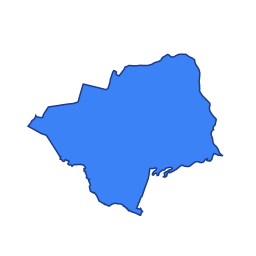 Ramna, Caras-Severin, Romania, rotated 11°
{"feature_id": "2599482B15960202705126", "entity_name": "Ramna", "entity_type": "district", "adm_level": 2, "iso_a3": "ROU", "parent_name": "Romania", "parent_adm1": "Caras-Severin", "projection": "robinson", "projection_center": [21.717, 45.465], "detail": "fine", "context": "isolated", "style": "filled", "palette": "blue", "viewbox_px": 256, "rotation_deg": 11, "n_neighbors": 0, "source": "geoboundaries", "source_scale": "gbopen_adm2", "svg_char_len": 5574}
<svg xmlns="http://www.w3.org/2000/svg" viewBox="0 0 256 256"><g transform="rotate(11 128 128)"><path d="M226.5,137.1L224.9,136.6L223.2,135.5L222.5,134.7L221.8,133.8L221.2,132.8L220.6,131.9L219.0,130.1L218.0,129.2L215.9,128.0L214.6,126.7L214.1,125.5L213.6,124.3L213.2,123.0L212.8,121.8L212.1,120.8L211.8,120.3L211.5,119.8L211.2,119.3L211.0,118.8L210.8,118.2L210.6,117.7L210.7,115.8L210.8,115.4L211.1,114.8L211.4,114.3L211.8,113.8L212.3,113.4L211.6,111.9L211.6,110.4L212.9,108.3L212.9,107.2L213.0,106.0L213.0,104.9L213.0,103.8L213.0,103.3L212.8,102.4L208.1,99.0L205.4,96.0L204.3,93.8L203.9,91.6L204.0,91.2L204.1,90.8L204.2,90.3L204.1,89.9L203.5,88.0L194.8,82.0L191.2,78.2L191.1,77.1L190.9,75.9L190.6,74.8L190.4,73.7L190.1,72.5L189.8,71.4L189.4,70.3L189.0,69.2L188.8,67.0L188.6,64.8L188.3,62.5L188.0,60.3L186.5,57.1L185.6,56.0L184.6,54.9L183.6,53.9L182.5,52.9L181.3,51.1L180.3,48.3L177.3,47.0L176.0,46.8L175.4,46.6L174.7,46.4L174.0,46.2L173.2,45.8L172.4,45.4L171.7,45.0L171.4,44.9L171.1,44.8L170.8,44.7L170.4,44.7L170.1,44.7L169.9,44.7L169.2,44.9L165.7,45.5L163.5,46.2L159.2,49.5L157.6,49.9L156.4,49.9L154.1,48.4L153.0,48.2L151.9,49.0L151.2,49.8L150.4,50.5L149.6,51.2L148.8,51.8L147.7,53.3L147.8,53.8L147.7,54.3L147.5,54.8L147.2,55.3L145.5,56.7L141.1,59.1L139.8,60.5L137.5,61.9L135.6,62.8L133.7,63.2L131.7,63.6L129.7,63.9L127.7,64.2L126.4,64.7L125.0,65.1L123.6,65.5L122.2,65.8L120.7,66.0L117.2,66.4L117.0,66.5L116.6,66.7L116.2,67.0L115.7,67.4L115.4,67.8L115.0,68.0L114.5,68.2L114.1,68.4L113.6,68.6L112.8,71.7L112.1,72.9L109.3,78.5L107.6,78.3L105.9,77.2L106.0,75.3L103.9,74.4L103.2,74.3L102.4,76.1L101.8,80.8L101.4,84.3L101.6,85.7L101.2,90.6L100.7,93.0L99.3,94.5L75.7,93.4L75.2,97.9L74.8,102.4L74.4,106.9L74.1,111.4L73.8,112.2L69.5,114.4L65.0,115.8L60.6,117.3L56.2,118.9L51.8,120.5L48.2,121.7L45.8,122.6L43.2,128.9L42.4,131.4L42.2,133.8L40.2,134.5L37.0,134.4L35.2,133.8L35.1,133.6L34.9,135.0L34.4,136.8L33.0,138.4L32.2,139.3L31.5,142.0L30.8,143.0L29.5,145.3L44.4,150.1L49.2,150.7L59.7,161.6L63.3,165.4L66.7,169.2L66.9,169.4L67.4,169.1L67.2,171.4L68.7,171.6L70.0,172.8L70.7,173.1L71.6,173.0L72.0,172.5L72.3,172.0L72.2,171.6L72.7,170.9L73.3,171.1L73.8,171.4L74.2,171.6L75.5,171.6L75.8,171.4L76.3,171.8L76.4,172.6L76.3,173.5L75.7,174.3L76.3,175.1L76.8,175.5L78.5,175.3L79.2,175.1L79.9,175.6L80.1,176.1L80.4,176.2L80.6,175.6L81.7,174.7L82.5,174.0L84.0,174.0L85.1,173.5L86.2,173.4L87.1,173.0L88.2,173.0L88.7,172.8L89.2,172.7L90.1,173.0L91.2,172.7L91.9,173.0L92.6,173.7L93.8,174.8L93.9,175.6L93.3,175.8L92.6,176.1L92.5,176.8L93.0,177.3L93.1,178.0L93.0,178.5L93.9,178.5L94.6,178.7L94.7,178.9L94.4,179.5L95.4,180.9L96.3,182.2L96.4,182.8L96.7,183.5L96.6,184.7L98.1,185.5L99.6,185.8L99.9,185.8L99.7,186.2L99.3,187.0L99.9,187.8L100.6,189.0L101.5,190.2L101.9,191.3L101.3,192.5L101.6,193.6L102.1,195.0L102.4,195.7L103.1,196.9L103.5,197.4L104.9,197.8L105.4,198.0L106.0,198.1L106.9,198.4L107.0,198.2L106.9,198.0L107.3,198.0L107.6,198.1L107.9,198.3L108.2,198.5L108.6,198.9L109.5,199.8L109.7,200.0L110.3,200.6L111.4,202.1L113.7,205.3L113.8,205.3L114.2,205.5L114.8,205.5L116.2,206.1L117.3,206.5L117.5,206.5L117.8,206.7L118.0,206.7L118.3,206.7L118.5,206.8L118.7,207.1L118.8,207.1L119.2,207.1L119.3,207.2L119.4,207.3L119.5,207.2L120.0,207.1L120.1,207.4L120.5,207.2L120.8,207.3L120.9,207.5L124.0,208.3L124.2,208.2L124.4,208.0L124.7,207.9L124.9,207.8L125.1,207.7L125.5,207.3L125.7,207.1L125.8,206.8L125.9,206.7L126.1,206.4L126.7,205.9L127.4,205.5L127.8,205.2L128.1,205.0L128.4,204.9L128.9,204.7L129.4,204.5L129.6,204.4L130.2,204.4L135.9,204.0L136.4,204.2L136.8,204.2L137.2,204.4L137.3,204.5L138.0,204.9L138.1,205.0L138.3,205.4L138.5,205.6L138.8,205.4L138.8,205.2L139.0,205.3L139.4,205.6L139.7,205.8L139.8,205.8L140.1,205.8L140.3,205.8L140.5,206.3L140.7,206.5L141.0,206.7L141.2,206.8L141.5,206.9L142.1,206.9L142.4,207.0L142.5,207.1L142.6,207.4L142.8,207.5L142.9,207.8L142.9,208.0L143.1,208.0L143.3,207.9L143.6,208.1L144.1,208.3L144.1,208.7L144.1,208.8L144.3,208.9L144.3,209.1L144.6,209.1L144.7,208.9L145.0,208.9L145.2,209.0L145.4,209.1L145.5,209.1L146.0,209.0L146.7,209.0L146.9,209.1L147.0,209.2L147.0,209.4L147.3,209.5L147.7,209.6L151.9,210.1L155.6,211.2L156.0,211.3L156.3,211.3L156.5,211.3L157.1,211.1L157.2,210.9L157.2,210.4L157.0,209.8L157.1,209.4L157.2,208.9L157.3,208.7L157.7,208.0L158.2,207.2L157.9,207.0L157.3,206.4L156.2,205.1L155.6,204.6L155.5,205.4L151.8,205.1L151.8,204.5L152.1,203.4L152.1,203.0L152.5,201.9L152.6,201.4L152.6,200.1L152.6,199.9L152.8,199.5L153.2,198.6L153.4,196.1L153.5,195.9L153.5,195.4L153.6,195.2L153.7,194.8L153.8,194.0L153.8,193.7L154.7,192.8L156.0,183.4L157.5,174.0L157.5,169.3L157.3,166.1L157.2,164.3L157.5,163.5L160.1,163.1L162.8,161.9L163.7,162.1L163.9,162.9L163.0,164.6L162.1,165.3L160.8,167.5L160.7,168.6L161.0,169.3L161.8,169.5L162.9,167.7L163.9,167.2L165.1,167.2L165.7,169.1L166.9,168.6L167.1,167.8L167.1,166.0L170.0,162.6L171.1,162.6L171.9,162.1L173.1,160.1L176.0,158.8L176.9,158.7L177.9,158.5L178.9,158.8L179.2,159.4L178.0,160.8L176.4,161.3L175.1,162.8L173.4,164.0L172.1,165.4L173.1,167.4L172.6,168.6L172.2,169.1L173.2,169.3L174.4,168.6L175.2,167.6L175.2,166.5L175.2,165.9L175.3,165.2L176.4,163.7L177.0,163.4L177.2,163.7L177.6,163.9L178.0,163.7L180.4,161.9L183.7,159.0L186.1,155.9L188.1,154.1L190.6,154.7L194.1,154.5L196.0,153.6L198.3,150.8L200.8,148.2L203.5,147.7L204.8,148.0L206.2,148.1L207.5,147.6L208.6,146.9L210.0,144.2L211.0,143.4L211.8,143.1L211.7,144.9L214.1,144.9L215.3,144.6L216.3,142.5L216.3,140.5L216.5,139.3L216.9,137.8L217.3,136.7L218.8,136.8L221.3,137.4L222.6,137.4L226.5,137.1Z" fill="#3b82f6" stroke="#1e3a8a" stroke-width="1.5"/></g></svg>